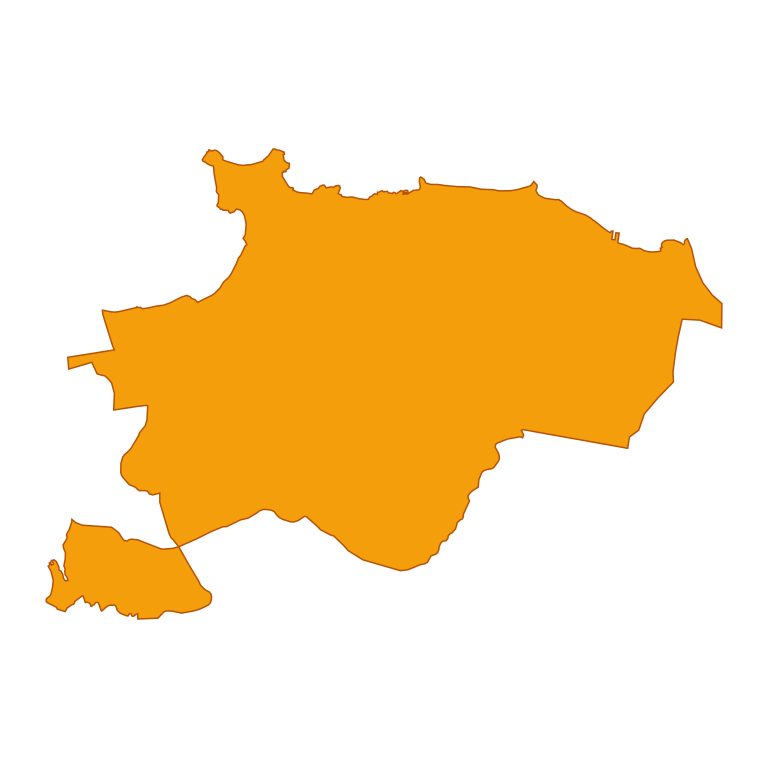 Cristo Rei, Dili, East Timor (orthographic projection)
{"feature_id": "22284137B23086342577141", "entity_name": "Cristo Rei", "entity_type": "district", "adm_level": 2, "iso_a3": "TLS", "parent_name": "East Timor", "parent_adm1": "Dili", "projection": "orthographic", "projection_center": [125.629, -8.561], "detail": "fine", "context": "isolated", "style": "filled", "palette": "amber", "viewbox_px": 768, "rotation_deg": 0, "n_neighbors": 0, "source": "geoboundaries", "source_scale": "gbopen_adm2", "svg_char_len": 6064}
<svg xmlns="http://www.w3.org/2000/svg" viewBox="0 0 768 768"><path d="M178.7,546.8L196.5,538.9L211.4,531.5L222.7,526.8L226.7,526.6L240.7,519.8L248.0,518.2L256.9,512.9L259.5,510.8L263.5,509.4L266.4,509.5L271.2,510.2L274.1,511.5L276.7,515.0L279.7,517.8L283.0,519.5L291.0,521.9L293.9,521.9L298.3,520.5L304.1,516.6L306.2,516.5L317.2,526.2L320.6,529.8L330.9,535.2L333.8,536.0L343.3,545.1L348.3,550.7L362.9,559.8L400.4,570.7L408.1,569.7L420.0,564.8L425.0,563.7L427.5,562.2L431.0,555.9L435.5,554.3L437.5,552.8L438.8,549.7L439.2,546.6L440.7,543.1L442.8,541.2L446.3,540.6L447.9,538.3L448.2,535.9L449.9,533.9L452.0,532.9L455.6,528.8L457.3,522.5L460.1,520.0L462.4,518.9L463.3,516.7L463.4,514.2L469.5,500.9L468.3,498.3L468.0,495.7L470.2,492.8L472.7,490.6L478.2,487.1L478.9,479.5L481.9,472.3L483.9,470.7L486.4,469.7L491.9,468.7L494.0,467.3L498.2,461.5L499.4,458.7L499.2,455.9L498.4,453.1L495.3,447.5L495.6,444.4L497.6,442.9L507.6,439.0L520.2,436.8L522.6,437.8L523.6,434.8L521.4,430.3L523.0,429.6L627.7,448.3L629.4,437.0L638.8,430.1L644.3,413.9L658.4,397.4L673.5,381.9L673.0,372.1L675.6,351.6L678.3,336.6L682.2,319.2L699.6,320.1L721.6,327.9L721.9,303.6L712.3,295.1L703.0,283.1L695.7,266.9L691.6,248.7L687.4,238.7L686.5,238.8L685.3,239.9L684.7,240.9L684.3,243.8L683.3,244.7L680.7,242.7L674.0,240.1L667.0,240.2L664.8,240.8L663.2,241.8L661.7,243.6L661.4,246.3L662.1,246.8L662.2,247.4L660.4,248.2L661.0,248.7L660.5,249.8L660.8,250.9L658.9,251.5L652.8,252.0L648.3,251.7L644.2,250.7L639.9,248.3L636.1,248.5L632.3,248.2L624.7,244.8L618.7,243.2L617.8,242.5L619.2,233.1L615.9,232.8L614.9,239.8L611.8,239.5L613.0,231.0L611.3,231.2L610.4,232.7L608.4,231.7L604.1,228.7L594.4,220.8L592.6,219.9L591.2,218.4L586.0,215.2L575.6,211.6L571.2,209.3L566.7,206.1L560.8,200.7L559.4,200.3L559.0,199.6L555.6,199.7L545.0,198.3L539.7,195.8L537.7,194.0L536.1,191.0L536.0,189.7L536.7,188.6L537.2,185.3L533.8,181.5L531.1,185.2L529.8,186.1L516.6,189.8L510.5,190.7L499.8,190.9L492.3,189.6L481.7,189.3L470.2,187.0L456.9,186.6L444.7,185.5L438.4,184.5L430.7,184.4L425.9,183.1L424.1,179.2L420.7,177.0L419.7,177.9L419.4,180.1L419.4,182.5L420.4,186.6L419.7,189.1L418.3,190.0L413.1,190.4L407.2,194.2L405.8,193.5L404.8,194.2L404.1,193.7L403.3,194.2L402.9,194.0L403.0,193.1L403.8,192.5L406.7,192.9L408.0,192.2L408.0,191.1L406.8,190.2L404.2,190.7L403.0,191.4L400.7,190.6L397.1,193.4L395.7,193.5L395.1,192.8L393.6,192.3L392.1,193.6L390.4,193.0L388.6,193.1L387.4,191.3L383.5,191.8L382.7,190.9L381.6,190.9L378.5,192.3L377.5,192.2L377.3,194.4L374.8,193.8L373.4,194.5L372.3,195.8L369.6,197.2L368.4,199.3L365.7,199.5L359.1,198.8L353.4,197.2L349.8,197.0L347.9,197.4L343.0,196.8L341.8,196.1L341.1,194.7L339.1,194.3L338.2,193.4L340.3,188.1L339.6,186.0L338.8,185.4L335.3,186.0L333.7,187.3L331.1,186.9L326.2,187.8L324.5,185.3L323.0,185.0L319.9,186.2L318.6,188.2L314.1,190.2L312.5,193.4L311.6,193.9L306.9,193.1L300.1,192.6L296.7,191.9L294.3,190.7L292.8,189.8L293.5,188.7L293.0,187.8L289.7,187.4L288.5,186.3L282.3,176.4L282.3,172.5L283.3,172.2L284.1,171.1L285.0,171.9L285.9,171.7L286.3,169.6L288.9,168.3L289.5,163.9L289.3,163.3L287.7,163.1L286.0,162.1L284.0,160.1L283.2,154.9L284.4,154.4L284.2,152.2L279.1,150.1L277.0,150.2L275.1,149.0L273.1,149.0L268.5,155.7L263.7,159.9L263.1,161.0L261.4,161.7L251.4,164.6L243.0,165.4L238.5,164.9L225.2,160.9L222.7,159.7L222.4,159.0L223.0,157.7L222.7,156.6L219.4,152.7L216.7,150.6L214.6,150.1L211.4,151.1L209.2,149.7L208.7,150.1L208.6,151.6L206.8,152.0L206.6,153.5L203.8,157.2L202.3,160.0L203.0,161.2L205.9,162.6L207.1,163.7L211.0,165.6L212.9,165.8L213.5,166.5L214.2,174.1L216.6,187.6L216.4,191.4L216.7,192.4L218.7,194.6L218.3,202.9L217.1,204.7L217.0,206.0L219.8,208.1L220.5,209.2L222.0,209.2L222.7,210.0L224.2,210.3L228.3,210.5L229.4,212.7L230.4,213.1L234.2,211.6L236.4,209.0L239.7,209.8L242.2,211.8L244.5,215.7L246.2,224.0L245.3,234.5L243.1,238.6L245.0,240.7L246.8,244.6L245.0,246.2L240.8,255.2L238.5,258.0L236.5,263.3L231.4,273.4L228.8,277.3L223.6,282.0L220.5,287.3L215.5,292.6L212.1,295.2L197.5,302.4L195.0,299.6L191.7,298.4L190.0,296.7L186.6,295.4L180.7,297.4L170.9,302.5L164.0,305.1L156.4,306.1L146.9,308.2L142.3,308.7L140.6,307.4L138.0,307.5L136.9,306.8L136.6,307.4L135.4,307.8L118.7,311.7L115.0,312.1L111.5,311.9L102.4,310.2L102.9,314.4L104.4,319.6L112.2,344.6L114.3,349.9L67.8,357.3L68.7,369.1L91.8,362.3L97.2,374.0L105.1,376.0L109.0,379.8L111.6,383.0L114.4,393.3L113.7,410.0L138.2,406.3L146.3,405.4L147.7,405.7L147.0,419.9L145.2,425.9L139.6,432.6L138.8,435.1L136.7,438.9L130.3,449.4L124.3,454.9L122.7,457.2L120.9,463.5L120.8,472.5L121.4,475.1L123.1,477.7L129.2,484.6L135.2,487.1L138.9,490.6L146.3,490.7L147.7,491.5L149.4,494.0L152.8,494.9L159.8,493.1L159.8,502.3L169.0,533.4L171.0,537.7L173.2,539.8L178.7,546.8ZM178.7,546.8L172.5,548.4L163.5,549.1L161.0,548.9L137.6,539.8L132.0,539.2L129.5,539.5L126.7,541.0L124.8,540.7L123.0,539.4L118.9,533.0L116.0,530.4L111.4,527.2L82.2,525.2L75.7,522.6L71.9,519.4L71.7,522.1L69.6,528.6L66.4,534.9L67.2,537.1L66.4,539.5L63.1,544.9L63.5,547.9L65.4,552.6L65.2,559.0L63.9,566.0L65.2,569.1L64.7,571.4L65.3,574.9L67.2,577.7L68.0,580.4L65.4,580.9L64.5,579.9L63.4,578.0L62.8,574.5L61.0,571.2L59.0,569.9L58.8,566.9L56.4,561.7L54.2,559.9L51.5,560.5L53.1,562.9L53.4,564.2L51.5,565.1L50.5,562.1L49.3,562.9L49.9,564.5L48.2,566.2L51.0,571.4L53.3,580.4L52.6,586.8L50.8,594.6L49.7,596.1L46.9,598.3L46.3,599.3L46.1,601.2L47.4,602.7L56.3,607.2L57.4,609.2L65.2,611.6L67.1,608.0L71.6,604.9L73.6,604.2L74.6,602.9L74.8,601.4L82.5,595.7L83.3,596.3L85.3,602.6L87.1,602.1L89.6,603.3L90.3,604.2L90.6,606.0L91.6,606.4L92.9,605.0L94.0,604.9L95.8,602.4L97.3,602.4L98.5,603.1L101.1,610.4L101.8,611.0L106.5,606.8L108.1,605.9L110.0,605.1L112.8,605.4L114.1,604.8L115.8,605.9L117.3,610.4L120.1,613.1L124.6,615.1L127.9,616.0L129.5,613.7L130.9,613.7L132.2,616.2L133.5,616.3L136.1,614.3L137.7,613.8L137.8,619.0L157.9,618.2L163.8,612.0L166.2,610.9L172.2,611.1L181.6,613.1L194.3,610.8L200.1,609.0L208.3,605.1L210.4,602.8L211.2,600.3L211.6,596.8L211.0,594.2L209.4,592.0L205.3,589.9L200.7,585.5L198.6,581.0L189.2,565.3L178.7,546.8Z" fill="#f59e0b" stroke="#b45309" stroke-width="1.5"/></svg>